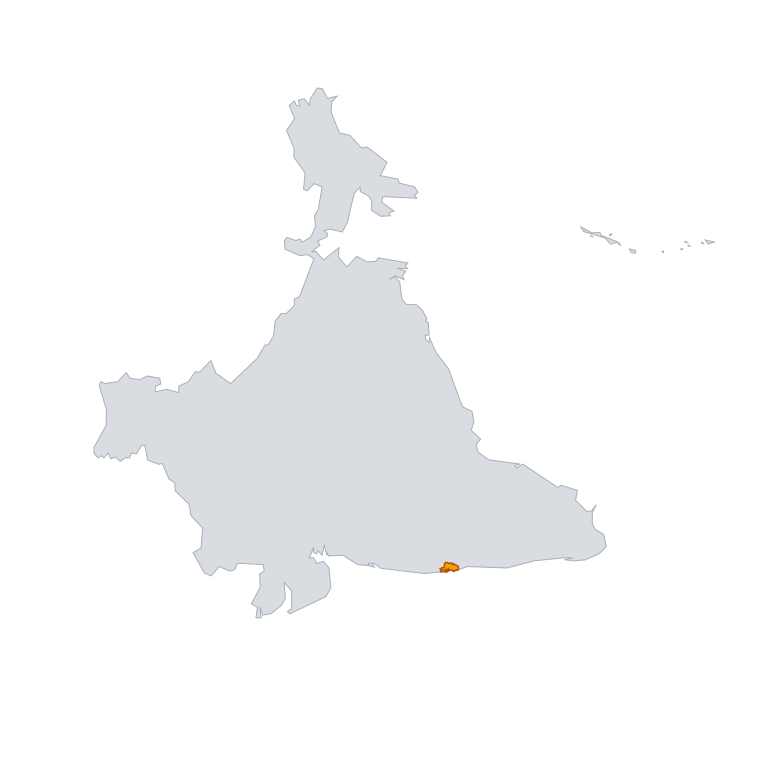 location of Goa within India, rotated 288°
{"feature_id": "IND-3265", "entity_name": "Goa", "entity_type": "State", "adm_level": 1, "iso_a3": "IND", "parent_name": "India", "parent_adm1": "", "projection": "albers", "projection_center": [74.008, 15.335], "detail": "fine", "context": "in_parent", "style": "filled", "palette": "amber", "viewbox_px": 768, "rotation_deg": 288, "n_neighbors": 0, "source": "natural_earth", "source_scale": "10m", "svg_char_len": 5764}
<svg xmlns="http://www.w3.org/2000/svg" viewBox="0 0 768 768"><g transform="rotate(288 384 384)"><path d="M122.3,334.4L132.6,332.6L133.8,325.8L152.4,329.1L164.9,324.5L169.0,327.9L175.0,324.9L168.2,300.1L161.3,299.3L158.4,295.3L159.5,283.7L148.0,278.9L148.7,271.6L164.6,254.5L171.5,260.7L190.8,256.1L199.3,241.0L209.4,235.8L217.9,218.5L225.5,215.5L227.1,209.0L240.0,197.6L238.0,194.8L238.6,182.8L252.1,175.3L250.5,172.3L240.9,170.1L240.5,165.1L235.1,164.9L234.2,160.8L228.9,157.1L231.5,151.1L228.5,147.1L233.2,143.0L227.2,140.5L228.4,137.6L225.3,134.9L228.2,129.8L234.1,127.8L258.5,132.5L273.8,128.0L294.4,113.7L298.6,113.9L298.1,118.2L303.8,130.0L315.1,135.3L311.0,140.8L312.5,150.3L318.4,156.3L320.2,168.9L315.0,171.7L311.1,167.3L305.7,168.8L311.9,179.3L312.3,191.2L318.7,189.6L325.7,197.2L337.4,200.7L338.2,204.9L352.9,212.1L342.4,220.7L337.0,238.1L369.4,255.6L384.3,258.7L385.4,261.7L395.5,264.1L409.8,261.1L419.3,264.4L420.9,269.3L431.1,274.4L436.9,272.4L441.2,276.7L481.1,278.6L483.6,271.8L480.0,264.1L481.7,248.3L489.4,245.0L493.5,246.4L493.2,255.8L496.0,259.5L493.4,262.4L501.2,268.9L512.5,270.3L522.6,265.9L529.9,267.6L552.3,264.2L553.1,255.7L544.0,251.3L544.3,247.3L560.5,243.7L571.8,228.2L580.6,225.5L594.9,213.0L608.9,216.9L619.6,207.9L625.6,211.1L621.8,214.7L622.4,217.7L627.4,214.8L630.6,220.0L626.0,227.2L631.6,225.7L644.9,229.0L645.7,234.3L638.2,241.9L643.2,250.5L636.1,247.1L626.6,249.4L608.9,264.1L610.0,274.8L601.4,289.7L604.2,294.7L595.8,318.4L581.0,316.1L583.3,334.1L579.8,336.4L580.9,352.1L576.9,357.2L573.2,354.7L570.8,357.9L561.9,325.2L556.2,325.6L551.6,339.8L548.0,335.8L545.9,337.9L542.4,328.8L545.3,318.5L554.4,315.8L558.1,311.3L559.7,302.0L563.9,300.4L556.0,296.7L526.9,299.2L515.7,297.4L514.6,284.9L511.5,279.8L509.6,284.0L506.3,284.2L499.5,276.8L496.2,280.1L487.6,274.7L489.1,278.3L483.3,288.1L499.8,299.2L490.9,301.2L483.8,312.6L497.0,318.6L494.9,330.5L498.3,338.4L502.2,339.5L506.5,369.3L502.8,367.8L500.9,371.0L498.3,360.7L497.9,369.8L492.3,368.2L489.4,370.8L490.1,360.9L485.1,356.6L489.5,361.3L486.0,367.3L470.7,374.6L466.6,380.1L469.4,390.5L465.6,398.3L459.1,404.7L456.6,404.0L456.2,407.1L444.5,411.7L443.0,408.0L438.4,410.8L437.3,414.0L442.1,413.1L430.1,423.6L418.4,440.6L386.6,465.6L385.1,476.2L375.9,481.1L366.9,481.3L361.4,492.9L355.0,490.4L348.4,494.2L344.2,506.9L349.9,538.1L346.9,533.7L345.2,535.9L350.7,540.6L339.3,581.3L342.4,583.5L342.6,600.7L332.5,602.2L325.5,616.0L327.1,620.5L334.9,623.1L326.4,621.8L315.5,625.2L311.1,629.5L308.7,639.5L298.1,645.7L289.2,641.2L279.0,629.8L274.4,619.1L272.6,609.7L277.0,617.4L274.7,609.8L262.3,581.6L247.1,558.0L236.2,520.0L227.9,508.5L225.7,497.0L222.8,496.0L216.3,481.2L207.8,438.1L210.3,430.6L209.7,428.0L207.1,431.5L206.5,429.5L206.7,425.2L210.0,425.6L206.2,423.9L204.1,414.7L208.4,398.1L203.4,384.4L205.5,382.5L203.3,382.6L212.5,377.0L202.0,378.0L204.9,372.6L201.6,372.5L202.2,368.9L207.0,367.5L195.4,366.7L197.1,370.3L192.7,375.5L196.6,381.2L192.1,388.5L173.7,396.5L163.7,394.4L136.3,365.4L137.9,362.5L142.0,365.6L158.6,360.3L164.5,350.3L149.3,356.5L141.5,354.6L130.7,347.6L126.8,340.1L133.5,334.8L123.5,339.5L122.3,334.4ZM591.3,562.7L587.0,556.4L591.3,549.0L590.7,526.7L594.3,522.6L592.0,534.8L594.7,542.5L592.4,544.8L591.3,562.7ZM620.2,644.8L621.2,654.3L617.3,649.4L620.2,644.8ZM588.7,582.3L586.1,582.6L585.4,578.7L588.2,575.5L588.7,582.3ZM610.0,630.4L610.1,633.2L609.2,630.7L610.0,630.4ZM612.7,626.3L612.0,630.1L612.0,626.1L612.7,626.3ZM617.3,641.7L616.5,644.6L615.6,643.6L617.3,641.7ZM596.9,608.8L595.2,609.1L595.9,607.5L596.9,608.8ZM590.7,564.1L589.1,565.8L589.7,563.3L590.7,564.1ZM596.1,552.3L597.2,555.0L594.9,553.1L596.1,552.3ZM605.0,626.3L603.5,625.9L604.0,624.4L605.0,626.3ZM589.0,534.9L588.4,537.9L588.6,534.7L589.0,534.9Z" fill="#d9dde1" stroke="#a8b0b8" stroke-width="1"/><path d="M230.6,512.2L230.4,512.1L229.6,511.6L229.4,511.3L229.5,511.0L229.6,510.4L229.5,510.1L229.3,510.0L229.0,509.9L228.8,509.8L228.4,508.9L228.2,508.7L227.2,508.4L227.4,507.9L227.5,507.6L227.7,507.4L228.1,507.2L228.0,506.7L227.9,506.8L226.8,503.2L226.6,503.0L226.4,502.9L226.0,502.9L225.6,502.8L225.3,502.5L224.7,501.9L225.8,502.0L226.0,502.0L226.4,502.1L226.7,502.1L227.0,502.0L227.6,502.2L227.8,502.4L228.0,502.8L228.1,502.7L228.3,502.6L228.1,502.5L227.7,501.9L226.7,501.4L226.3,501.4L226.2,501.4L226.0,501.2L225.9,501.1L225.2,501.1L225.0,500.9L225.1,500.6L225.2,500.4L225.4,500.2L225.6,500.1L226.4,499.9L226.2,499.7L226.3,499.5L226.3,499.4L225.0,500.1L224.8,500.3L224.4,500.2L224.1,499.9L224.2,499.4L223.9,498.9L223.9,498.7L223.8,498.4L223.9,498.2L224.0,498.1L224.1,497.8L224.3,497.5L224.8,497.3L225.8,497.1L225.1,496.9L224.8,497.0L224.6,497.2L223.8,497.7L223.7,497.8L223.5,497.6L223.3,497.3L223.1,496.9L223.0,496.3L222.9,496.1L222.9,495.9L223.2,495.7L223.6,495.5L224.5,495.5L224.8,495.4L225.0,495.2L225.3,494.8L225.4,494.7L225.6,494.5L225.8,495.0L226.0,495.3L226.5,495.4L226.8,495.5L227.0,495.6L227.1,495.8L227.2,496.0L227.4,497.0L227.6,497.3L227.8,497.5L228.2,497.8L228.5,497.9L228.9,497.8L230.0,497.4L230.8,497.4L231.1,497.4L231.3,497.5L231.5,497.4L231.8,497.3L232.0,497.1L232.3,497.1L232.6,497.3L233.2,497.6L233.3,497.7L233.4,497.8L233.5,498.4L233.7,499.5L233.8,499.8L233.7,500.1L233.5,500.4L233.4,500.7L233.4,501.0L233.6,501.3L233.8,501.5L233.8,501.8L233.8,502.1L233.8,502.4L233.9,502.6L234.4,503.1L234.5,503.2L234.5,503.4L234.6,503.5L234.7,504.3L234.6,504.5L234.4,504.7L234.2,504.8L233.7,504.9L233.5,505.0L233.5,505.3L233.6,505.6L234.2,505.9L234.3,505.9L234.4,506.0L234.4,506.3L234.4,506.5L233.9,507.6L233.9,507.8L233.8,508.1L233.8,508.4L234.0,509.0L234.0,509.4L233.9,509.6L233.7,510.0L233.6,510.4L233.5,510.7L233.5,510.8L233.2,511.1L232.9,511.3L232.6,511.4L232.4,511.4L231.9,511.4L231.7,511.5L231.3,511.9L230.6,512.2Z" fill="#f59e0b" stroke="#b45309" stroke-width="1.5"/></g></svg>